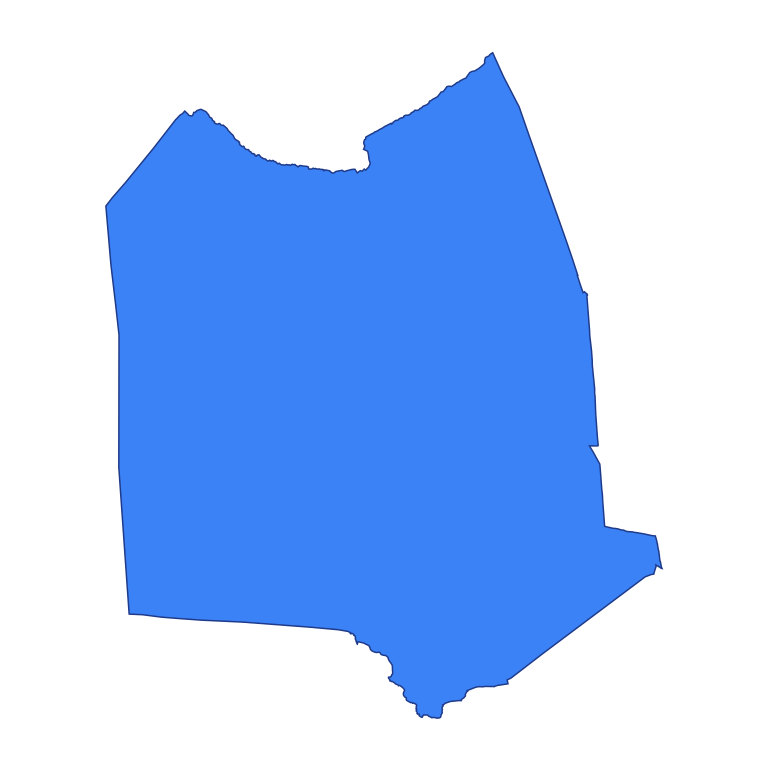 Jurilovca, Tulcea, Romania, rotated 181°
{"feature_id": "2599482B31107458884673", "entity_name": "Jurilovca", "entity_type": "district", "adm_level": 2, "iso_a3": "ROU", "parent_name": "Romania", "parent_adm1": "Tulcea", "projection": "albers", "projection_center": [28.891, 44.764], "detail": "fine", "context": "isolated", "style": "filled", "palette": "blue", "viewbox_px": 768, "rotation_deg": 181, "n_neighbors": 0, "source": "geoboundaries", "source_scale": "gbopen_adm2", "svg_char_len": 6058}
<svg xmlns="http://www.w3.org/2000/svg" viewBox="0 0 768 768"><g transform="rotate(181 384 384)"><path d="M634.8,149.5L621.3,149.1L602.4,147.0L582.8,145.8L562.3,144.7L521.8,143.5L454.2,139.6L425.2,137.5L415.8,136.0L413.4,134.9L413.4,134.1L413.0,133.7L412.6,133.6L412.2,134.1L411.9,134.2L410.2,133.4L409.5,132.4L409.6,132.1L409.0,132.0L408.4,131.2L408.1,129.5L408.3,129.0L408.0,127.9L407.3,126.8L407.2,126.1L407.3,125.9L406.5,125.0L406.4,124.6L406.6,124.5L406.3,124.1L406.5,123.9L406.4,123.7L406.1,123.5L405.7,125.3L405.4,125.9L399.3,124.5L397.4,123.4L396.6,123.2L394.4,122.0L393.9,120.8L393.4,120.2L393.1,118.9L392.7,118.2L391.9,117.3L390.8,116.6L388.2,115.6L386.2,115.4L384.8,115.7L384.0,115.7L383.2,115.2L382.8,114.4L382.1,113.5L380.8,113.0L377.6,112.5L376.7,112.0L375.2,110.7L374.8,108.9L373.6,106.7L372.6,105.6L371.1,103.4L370.7,101.9L370.5,97.3L370.3,96.3L370.4,94.1L371.2,93.4L371.5,92.6L371.7,91.7L372.6,91.1L374.0,91.0L374.4,90.9L374.4,90.7L374.4,90.2L374.0,89.6L372.7,87.9L373.0,87.5L372.8,87.2L371.0,86.6L370.4,86.7L368.1,85.2L367.2,84.3L364.4,83.2L364.2,82.9L364.2,82.6L363.3,82.8L362.5,82.6L361.1,81.5L360.3,81.1L358.3,78.8L358.1,78.2L358.3,77.5L359.0,76.1L359.2,75.0L359.2,73.7L358.6,72.5L357.7,71.4L356.2,70.5L356.3,69.0L356.0,68.3L355.4,67.8L351.9,65.9L350.6,66.1L350.3,65.6L349.7,65.3L348.7,65.5L346.7,64.5L345.9,63.7L345.7,63.2L346.1,62.2L346.1,60.3L346.3,59.8L345.6,59.4L345.5,59.0L346.0,58.5L346.0,57.4L345.1,56.4L345.0,55.8L345.2,55.1L344.7,54.9L344.5,54.5L343.1,54.5L342.9,53.7L343.1,53.1L342.8,52.7L341.7,52.2L340.9,51.5L340.0,51.4L338.9,53.7L335.0,53.8L334.4,53.5L333.2,52.4L332.0,52.1L330.6,51.2L327.6,51.5L326.0,50.9L323.4,51.0L322.6,51.2L321.6,51.9L321.1,54.2L320.0,56.3L320.3,58.5L319.9,59.3L320.4,61.3L320.2,61.9L319.4,62.8L319.3,63.3L319.8,64.1L318.8,64.5L317.1,65.9L312.3,67.7L303.4,68.8L301.3,68.7L301.1,68.9L301.1,69.9L299.0,71.4L298.3,72.0L298.1,72.5L297.4,73.1L297.1,73.8L297.2,74.4L297.4,74.9L295.9,77.6L295.0,78.4L295.5,78.9L295.0,79.1L287.3,82.3L284.5,83.0L279.5,83.0L277.7,83.4L268.2,83.4L267.5,83.9L265.3,84.6L254.8,86.4L255.7,90.3L252.0,92.1L220.7,117.1L119.6,195.7L113.7,198.1L110.9,198.7L110.3,201.3L108.8,206.3L109.0,207.8L104.5,205.3L103.9,204.7L102.8,204.4L103.3,205.5L104.1,208.8L104.2,209.8L104.8,211.9L105.2,212.6L105.2,213.9L105.6,215.4L105.6,217.1L105.9,218.3L106.3,221.4L107.0,223.9L107.9,229.1L108.2,229.8L108.5,231.6L109.6,235.4L109.8,235.5L110.0,236.8L113.6,237.1L121.6,238.7L130.2,240.0L131.5,240.0L132.3,240.4L138.8,240.8L142.0,242.1L144.2,242.2L147.5,243.2L151.0,243.7L152.4,243.7L160.9,245.5L163.3,271.1L163.6,276.0L163.9,279.1L164.1,279.9L164.5,283.3L165.7,296.1L165.7,297.0L165.8,297.4L166.8,307.6L173.6,319.5L177.5,325.7L169.7,325.8L169.1,325.9L168.8,326.2L168.8,326.6L169.7,334.5L171.8,358.0L172.8,375.7L173.2,377.9L173.3,383.0L176.0,406.0L176.2,410.9L177.1,421.0L179.1,435.9L179.4,441.1L182.7,475.7L182.6,476.2L182.2,476.3L182.3,476.9L182.5,477.5L184.4,478.9L185.1,479.7L186.5,478.8L188.9,485.1L192.6,495.8L192.1,495.9L192.9,498.3L197.4,511.3L204.2,530.2L242.9,634.0L253.7,663.4L270.0,693.6L281.1,717.1L283.5,715.6L284.9,713.8L288.2,712.2L289.0,709.1L289.0,706.3L290.9,704.4L294.8,701.1L298.8,698.6L301.6,698.0L303.7,696.9L307.0,692.1L307.4,691.2L308.8,690.8L313.2,688.5L314.3,687.4L316.7,686.4L318.2,685.0L321.7,682.6L322.8,682.8L325.0,682.8L326.3,682.4L328.9,678.6L330.3,677.2L332.0,676.9L335.2,672.6L336.1,671.8L340.1,669.6L342.2,668.0L343.2,667.7L343.7,666.9L344.0,665.6L346.4,663.8L349.8,662.4L350.5,661.7L351.4,660.5L352.5,660.3L354.1,658.6L355.9,658.1L357.5,658.3L358.3,658.0L358.8,657.1L361.6,655.5L362.1,654.6L363.5,653.6L365.4,653.1L366.7,653.2L367.9,652.7L369.0,652.0L369.0,651.0L370.8,650.3L371.3,650.5L373.3,649.5L374.8,648.0L377.0,647.7L379.5,645.8L379.6,645.1L380.9,644.1L381.4,644.8L388.1,641.3L389.8,640.0L393.0,638.3L395.8,636.5L397.8,635.8L398.7,634.8L401.1,633.7L406.5,630.5L406.6,628.6L407.6,628.0L408.2,626.4L408.5,625.1L408.2,623.5L407.4,621.8L407.8,620.0L408.5,618.3L404.4,616.4L403.6,613.3L402.9,608.1L401.6,604.3L403.0,600.8L406.0,597.5L407.5,598.6L409.5,596.4L411.2,596.9L412.2,596.4L414.4,594.6L416.8,598.2L417.0,598.2L419.8,598.0L425.7,596.4L427.4,595.7L428.2,595.9L428.7,596.5L429.4,596.9L430.3,596.8L435.7,595.7L437.7,594.2L438.6,594.1L439.8,594.2L441.3,595.4L441.7,596.0L442.6,596.3L446.1,597.0L447.0,597.0L447.6,596.2L448.2,596.4L448.1,597.0L448.5,597.3L449.7,597.5L451.5,597.5L452.4,597.9L454.3,597.7L456.4,598.3L457.5,598.0L458.3,598.5L459.2,598.3L460.0,597.6L463.0,597.7L463.0,598.2L463.5,598.8L463.4,599.6L464.0,600.0L465.4,600.3L468.6,600.5L471.3,601.0L472.3,600.8L473.7,599.6L474.1,599.8L474.5,600.3L476.0,601.0L476.6,601.8L477.4,601.9L478.7,601.7L479.5,602.1L480.7,601.6L481.2,601.0L481.7,600.9L482.7,601.5L484.3,601.3L484.8,601.7L485.3,601.8L486.2,601.3L486.9,601.2L490.6,601.4L492.6,602.9L494.1,602.3L495.7,603.9L496.9,604.6L497.7,604.5L498.2,605.2L499.0,605.6L500.8,604.9L502.0,605.7L502.6,605.7L503.5,604.9L504.4,605.1L505.5,605.9L506.4,606.9L508.4,607.1L509.0,607.5L509.3,607.9L510.2,608.2L511.1,608.8L512.0,609.9L512.9,610.5L512.9,610.9L514.3,610.8L515.2,610.3L515.6,609.6L516.3,609.7L516.9,610.1L517.1,611.2L517.7,611.5L518.2,612.1L518.8,611.8L519.3,611.9L520.7,612.8L521.0,613.6L522.5,614.4L523.1,615.1L523.2,615.6L523.7,616.0L525.4,616.0L526.6,616.5L527.3,617.1L528.1,618.8L528.7,619.3L529.8,618.9L530.4,619.1L531.6,620.3L532.5,620.9L532.6,622.5L532.9,623.3L533.2,623.3L533.2,623.6L534.7,624.9L535.2,624.9L536.6,625.8L537.8,627.1L539.1,629.7L539.8,630.6L540.8,631.3L544.4,635.0L545.3,636.6L546.6,637.8L549.3,640.0L550.6,639.7L551.7,640.3L552.8,641.6L553.8,641.4L554.6,640.9L556.8,641.3L558.1,642.3L558.2,642.7L558.0,643.1L558.4,643.6L560.2,644.7L560.3,645.6L561.1,646.8L563.0,647.8L564.2,650.2L566.8,653.2L571.7,655.4L572.5,655.3L575.8,654.1L577.6,652.3L579.0,652.2L579.5,650.3L580.7,648.6L581.0,648.6L583.8,649.1L584.9,650.6L588.0,653.4L590.3,650.7L592.5,649.4L597.2,644.3L618.6,615.7L646.0,580.9L658.6,565.9L665.2,557.1L659.1,498.4L653.9,460.1L649.8,428.4L647.7,296.0L634.8,149.5Z" fill="#3b82f6" stroke="#1e3a8a" stroke-width="1.5"/></g></svg>